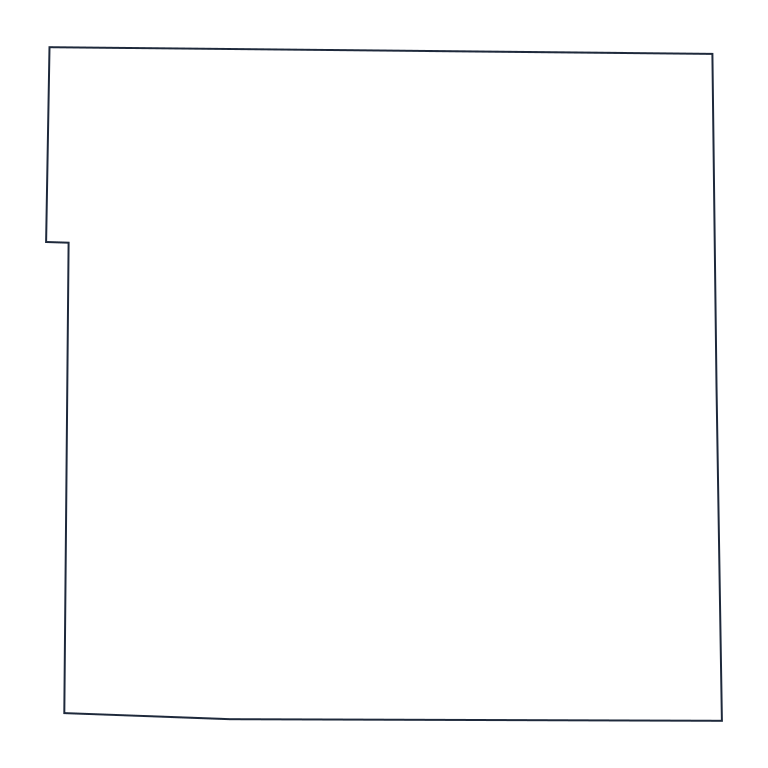 Daviess, Missouri, United States of America (orthographic projection)
{"feature_id": "52423323B47174682011417", "entity_name": "Daviess", "entity_type": "district", "adm_level": 2, "iso_a3": "USA", "parent_name": "United States of America", "parent_adm1": "Missouri", "projection": "orthographic", "projection_center": [-94.049, 39.961], "detail": "fine", "context": "isolated", "style": "outline", "palette": "slate", "viewbox_px": 768, "rotation_deg": 0, "n_neighbors": 0, "source": "geoboundaries", "source_scale": "gbopen_adm2", "svg_char_len": 227}
<svg xmlns="http://www.w3.org/2000/svg" viewBox="0 0 768 768"><path d="M49.5,47.2L46.1,242.0L68.6,242.7L64.3,713.1L230.0,719.2L721.9,720.8L716.5,385.9L712.4,53.9L49.5,47.2Z" fill="none" stroke="#1e293b" stroke-width="2"/></svg>